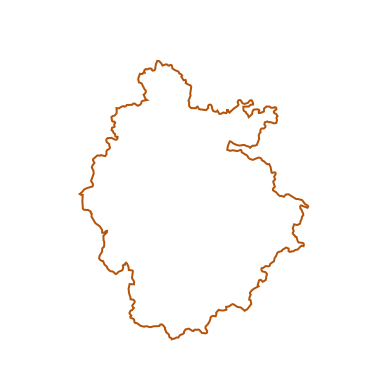 outline of Teófilo Otoni, Minas Gerais, Brazil, rotated 334°
{"feature_id": "56859067B52692948196540", "entity_name": "Teófilo Otoni", "entity_type": "district", "adm_level": 2, "iso_a3": "BRA", "parent_name": "Brazil", "parent_adm1": "Minas Gerais", "projection": "albers", "projection_center": [-41.347, -17.686], "detail": "fine", "context": "isolated", "style": "outline", "palette": "amber", "viewbox_px": 384, "rotation_deg": 334, "n_neighbors": 0, "source": "geoboundaries", "source_scale": "gbopen_adm2", "svg_char_len": 6004}
<svg xmlns="http://www.w3.org/2000/svg" viewBox="0 0 384 384"><g transform="rotate(334 192 192)"><path d="M268.5,289.6L269.5,288.3L269.7,287.0L268.6,285.9L265.6,284.0L265.5,282.5L266.2,278.2L265.2,277.5L265.3,276.2L264.6,275.0L264.5,273.1L266.4,271.6L266.6,268.9L269.6,265.8L271.5,267.4L272.7,267.9L275.3,267.8L276.6,266.0L278.6,264.4L280.2,262.3L281.8,261.7L282.4,260.3L282.6,256.0L282.2,254.3L282.8,252.5L284.1,251.8L288.9,256.8L290.0,256.1L290.0,254.9L288.3,252.3L287.4,247.5L283.7,244.4L282.6,244.1L277.8,236.4L275.3,235.4L272.5,236.6L270.7,234.7L269.3,234.2L268.4,232.6L267.5,229.1L265.6,226.1L266.1,224.6L268.8,223.6L269.4,218.7L270.1,217.8L271.4,217.6L272.3,217.0L272.5,214.3L275.0,212.6L275.5,211.3L274.4,210.3L272.9,210.1L272.0,209.5L273.6,204.0L273.6,200.7L272.0,200.1L271.2,198.8L270.4,196.5L268.8,194.1L268.9,192.5L268.1,191.1L266.8,190.2L260.7,189.8L258.4,187.5L257.7,185.9L257.6,183.5L254.1,178.1L254.6,176.7L254.3,175.5L250.6,175.1L246.9,172.3L244.3,171.7L242.2,169.5L244.5,166.3L248.1,163.0L249.3,164.0L250.4,166.5L252.9,169.4L254.7,170.9L259.6,172.6L261.1,174.5L263.2,176.3L263.6,177.7L266.4,176.9L269.4,178.1L270.9,178.1L274.8,174.5L275.8,173.3L276.7,170.5L277.8,169.3L280.0,168.2L280.3,166.7L281.3,165.8L282.3,165.4L284.3,166.4L286.4,165.9L287.0,164.7L286.6,163.1L288.0,161.3L290.6,161.6L291.6,162.9L293.2,163.6L295.7,166.2L298.0,166.9L299.8,164.8L300.5,162.1L302.1,161.4L301.9,158.7L300.6,157.3L300.6,155.9L301.5,155.2L304.1,154.7L304.6,153.2L303.6,152.0L302.4,152.1L299.8,150.8L299.3,149.4L296.6,147.8L293.4,148.6L291.9,151.2L287.9,150.9L286.7,150.3L287.2,149.0L288.2,148.4L288.1,147.2L286.1,145.9L283.4,145.0L282.0,145.9L280.0,148.4L275.8,149.6L276.0,146.5L275.3,145.4L275.5,143.9L274.3,142.1L274.2,140.8L275.6,137.8L280.5,140.1L283.2,139.3L285.3,140.2L285.8,139.2L285.9,136.0L285.0,135.2L283.8,135.3L281.2,136.4L278.0,135.9L276.3,134.4L275.9,130.8L274.6,130.0L273.4,130.3L272.4,131.2L272.1,133.9L271.0,134.6L266.2,135.3L260.5,137.1L260.1,135.9L260.4,134.2L259.4,133.6L258.1,135.9L257.1,136.1L255.1,134.3L252.0,134.4L250.8,133.7L250.5,130.0L249.2,130.5L248.1,130.0L246.6,128.5L246.6,126.2L247.4,123.7L247.3,122.3L246.5,121.3L245.1,121.1L243.9,122.2L243.4,123.6L240.6,124.6L234.7,120.7L234.4,117.7L233.3,117.7L232.2,118.4L228.0,116.2L227.2,113.8L227.5,112.5L228.8,110.1L228.8,108.5L233.0,104.7L233.4,103.0L237.4,97.2L237.4,95.5L236.5,94.7L234.1,91.4L235.1,90.2L235.3,88.4L233.7,88.1L233.3,87.1L233.0,83.6L234.2,83.1L233.8,81.4L232.5,79.7L232.7,78.4L232.2,77.3L230.0,74.9L228.6,72.4L229.3,69.2L228.2,68.2L226.9,68.5L226.0,67.7L225.4,66.4L224.4,65.8L220.9,65.4L220.8,62.9L219.8,59.9L218.3,58.9L215.5,61.4L212.6,65.6L211.7,66.1L210.0,65.8L209.4,64.7L209.6,63.5L208.7,62.7L207.7,62.2L205.5,62.2L204.4,61.3L203.1,61.4L202.0,62.3L201.8,64.1L200.5,63.4L199.4,64.1L198.2,63.8L197.0,62.9L193.8,66.1L193.0,67.3L192.4,70.2L194.3,72.3L194.4,79.1L194.9,80.6L194.4,81.9L192.7,83.0L191.2,83.3L191.0,88.1L191.9,89.6L187.3,88.4L186.3,88.7L185.4,89.8L183.9,90.8L181.0,90.7L179.1,87.2L177.6,86.8L176.4,87.4L171.6,85.2L170.1,85.9L168.7,85.7L167.9,84.7L166.3,84.4L163.1,84.8L160.9,83.5L160.0,86.0L158.6,88.3L155.9,89.4L153.9,89.0L152.4,89.4L151.3,93.2L151.8,94.1L153.1,94.7L153.3,96.2L151.8,97.0L151.0,99.4L148.3,99.2L146.8,101.3L147.6,102.4L147.4,104.3L148.2,105.9L147.5,108.3L148.2,109.3L149.3,109.8L148.6,111.0L147.4,111.9L146.1,111.5L143.3,108.0L139.8,106.6L138.5,107.0L137.5,108.0L137.2,109.7L138.6,112.7L137.9,114.5L137.8,116.1L136.8,116.9L133.9,117.2L132.8,118.1L131.8,120.5L130.9,121.1L129.7,121.7L126.2,118.9L125.1,119.0L124.1,118.2L122.7,117.7L117.4,119.2L116.9,120.2L117.1,123.0L114.1,124.6L112.7,126.0L112.7,129.9L111.7,132.4L106.1,137.8L106.5,140.7L106.2,142.1L105.1,143.4L99.7,142.5L96.3,142.4L93.0,143.9L90.2,144.6L91.3,146.1L92.5,146.7L89.4,152.3L86.6,159.2L87.1,160.6L90.7,162.6L92.4,165.2L91.8,166.4L92.4,167.4L90.9,170.0L91.5,177.7L94.0,182.2L94.6,186.6L93.4,189.2L94.7,189.9L96.4,189.9L97.6,189.3L98.6,189.7L97.7,191.1L93.3,192.4L91.3,196.7L91.4,198.0L89.8,201.3L88.5,202.9L87.3,203.0L86.2,203.9L85.1,206.2L81.1,208.7L79.4,210.9L79.7,212.7L80.5,214.2L81.8,215.2L81.5,218.8L82.8,222.0L82.5,223.6L83.3,226.2L84.0,227.4L86.1,228.9L87.4,232.3L88.6,232.4L91.0,231.5L95.1,231.8L97.1,229.8L97.4,228.1L98.5,227.4L99.8,228.0L100.4,227.1L101.7,226.6L102.2,227.9L102.1,231.5L101.0,234.5L103.7,236.1L104.2,237.2L100.3,243.1L100.7,247.2L99.3,249.6L95.6,247.4L92.5,251.3L90.9,256.0L90.6,259.1L89.8,261.5L91.7,262.8L92.6,264.2L92.5,265.5L91.3,266.5L88.6,267.8L88.3,269.3L88.9,270.8L86.4,271.9L84.9,271.7L82.9,273.1L82.6,274.3L83.3,276.6L81.8,277.1L81.7,278.3L83.5,280.0L84.0,281.2L83.2,284.0L83.9,285.1L85.0,285.7L87.1,289.7L90.0,292.2L91.1,292.2L92.4,292.8L95.4,295.3L98.7,295.9L103.0,297.8L104.0,298.1L105.4,297.2L106.7,297.7L107.5,298.8L108.3,302.2L107.4,303.8L107.7,305.3L107.3,306.6L108.7,309.7L108.1,312.8L109.1,313.8L109.3,315.6L110.5,315.5L111.6,316.1L114.4,316.0L115.8,316.8L118.5,315.4L121.5,315.6L122.9,315.3L123.5,314.1L125.9,312.7L128.2,313.1L129.3,313.5L131.4,316.9L132.4,317.7L133.5,317.0L134.7,317.1L135.8,318.0L137.1,318.2L138.1,319.1L139.1,322.9L142.3,325.1L143.6,325.1L144.7,323.7L144.4,320.1L145.4,318.8L148.3,317.8L150.9,316.1L153.1,314.0L153.7,312.9L154.8,312.4L156.6,312.5L158.8,314.1L160.4,312.4L160.9,311.0L164.4,309.6L165.3,310.6L168.2,312.3L171.3,312.9L172.3,310.2L174.9,311.0L179.0,310.5L180.0,311.0L182.5,315.3L185.3,317.2L187.3,321.9L188.6,321.5L190.1,321.7L196.2,318.6L197.2,314.9L196.2,313.9L197.6,311.8L199.8,310.0L199.6,308.7L200.3,307.7L202.5,306.7L205.0,306.1L210.6,305.9L210.2,304.5L213.6,300.8L215.3,301.0L216.2,303.7L219.4,303.5L220.7,302.4L221.3,301.0L223.4,298.8L223.3,297.4L222.6,295.9L220.4,294.2L220.2,292.4L221.2,291.0L222.6,291.4L225.9,290.9L227.9,292.3L229.2,292.5L231.0,290.8L235.3,290.2L237.2,287.7L239.5,286.4L241.9,284.2L243.0,283.8L246.8,284.4L247.9,283.6L252.3,283.2L254.0,285.2L252.9,287.6L253.8,288.8L255.6,289.0L256.8,289.7L259.2,289.4L261.9,290.0L265.7,288.5L267.1,288.4L268.5,289.6Z" fill="none" stroke="#b45309" stroke-width="2"/></g></svg>